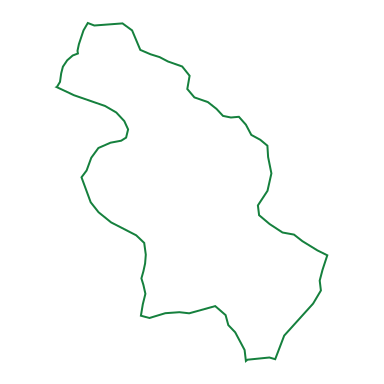 outline of Hsinchu
{"feature_id": "TWN-1162", "entity_name": "Hsinchu", "entity_type": "County", "adm_level": 1, "iso_a3": "TWN", "parent_name": "Taiwan", "parent_adm1": "", "projection": "natural_earth1", "projection_center": [121.134, 24.693], "detail": "fine", "context": "isolated", "style": "outline", "palette": "green", "viewbox_px": 384, "rotation_deg": 0, "n_neighbors": 0, "source": "natural_earth", "source_scale": "10m", "svg_char_len": 1125}
<svg xmlns="http://www.w3.org/2000/svg" viewBox="0 0 384 384"><path d="M56.7,87.1L56.9,87.0L60.0,81.9L61.2,73.3L62.9,66.7L67.2,60.3L72.7,55.5L77.9,53.5L77.5,50.8L78.9,44.2L83.5,30.4L87.8,23.0L94.3,25.5L122.5,23.4L132.1,30.4L140.3,49.9L150.6,54.3L159.6,57.1L168.0,61.5L182.2,66.5L189.6,75.8L187.3,89.0L194.4,97.4L207.9,102.1L216.5,108.9L223.0,115.9L230.9,117.5L238.9,116.8L245.9,124.7L251.3,134.9L260.3,139.8L267.4,145.7L268.1,157.0L271.4,173.4L267.5,190.8L257.9,205.4L259.1,215.2L269.7,224.1L282.5,232.5L294.0,234.6L302.3,241.1L317.4,250.4L327.3,255.3L322.5,269.9L319.7,280.6L320.9,290.5L313.1,303.6L284.2,335.6L275.2,359.2L269.4,357.5L247.5,359.7L245.9,361.0L244.6,350.0L235.2,332.3L228.3,325.1L225.6,315.1L215.2,306.1L189.2,313.3L179.4,312.2L165.3,313.2L149.4,318.0L140.9,315.7L142.8,304.3L145.4,293.8L143.4,284.9L141.4,278.4L143.4,271.3L145.1,263.5L145.8,254.7L144.2,242.9L136.2,235.3L111.1,222.4L98.6,212.3L90.7,202.3L81.5,177.3L86.6,170.5L91.3,157.7L98.4,148.0L110.5,142.7L121.2,140.7L126.1,137.6L128.1,129.4L124.3,121.1L116.3,112.5L105.1,106.0L73.9,95.2L56.7,87.1Z" fill="none" stroke="#15803d" stroke-width="2"/></svg>